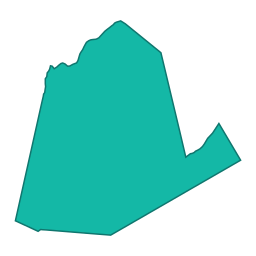 the district of Colônia do Piauí, Piauí, Brazil
{"feature_id": "56859067B77362904011032", "entity_name": "Colônia do Piauí", "entity_type": "district", "adm_level": 2, "iso_a3": "BRA", "parent_name": "Brazil", "parent_adm1": "Piauí", "projection": "natural_earth1", "projection_center": [-42.198, -7.273], "detail": "fine", "context": "isolated", "style": "filled", "palette": "teal", "viewbox_px": 256, "rotation_deg": 0, "n_neighbors": 0, "source": "geoboundaries", "source_scale": "gbopen_adm2", "svg_char_len": 918}
<svg xmlns="http://www.w3.org/2000/svg" viewBox="0 0 256 256"><path d="M218.9,123.5L212.6,133.1L207.7,138.3L204.2,144.2L202.4,146.6L199.9,148.9L197.4,150.3L195.5,151.2L194.2,152.5L192.2,153.4L190.4,153.7L185.8,157.2L179.7,131.3L160.9,52.7L125.3,23.8L120.7,20.9L116.3,22.2L114.6,23.1L113.3,24.7L111.9,25.7L109.4,27.7L107.4,29.2L104.9,31.2L100.5,36.0L98.9,37.8L96.2,39.2L92.2,39.6L90.6,39.9L88.6,40.8L86.5,42.3L85.4,44.2L84.0,46.8L82.7,49.6L81.0,52.1L79.9,54.0L79.3,56.0L78.0,60.5L76.6,62.9L72.9,64.3L69.8,66.0L67.6,66.2L65.1,64.0L62.7,63.0L61.0,63.5L58.8,65.2L56.9,67.0L54.2,68.7L52.2,66.2L50.5,65.8L49.7,69.0L48.8,70.9L47.2,72.9L46.8,76.6L45.3,78.8L45.3,83.8L45.6,86.6L45.1,89.6L44.7,92.6L43.6,94.1L43.3,96.2L41.7,103.1L15.4,220.8L38.1,231.3L40.7,229.5L42.3,229.7L45.8,229.9L93.9,233.8L110.7,235.1L148.5,213.3L189.4,189.7L192.7,187.8L240.6,160.2L218.9,123.5Z" fill="#14b8a6" stroke="#0f766e" stroke-width="1.5"/></svg>